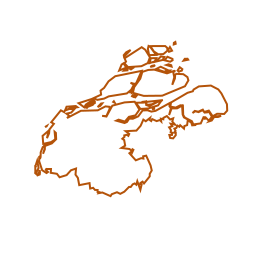 Patuakhali, Barisal, Bangladesh, rotated 222°
{"feature_id": "16705992B49808088196813", "entity_name": "Patuakhali", "entity_type": "district", "adm_level": 2, "iso_a3": "BGD", "parent_name": "Bangladesh", "parent_adm1": "Barisal", "projection": "orthographic", "projection_center": [90.354, 22.181], "detail": "fine", "context": "isolated", "style": "outline", "palette": "amber", "viewbox_px": 256, "rotation_deg": 222, "n_neighbors": 0, "source": "geoboundaries", "source_scale": "gbopen_adm2", "svg_char_len": 6006}
<svg xmlns="http://www.w3.org/2000/svg" viewBox="0 0 256 256"><g transform="rotate(222 128 128)"><path d="M79.3,175.9L81.7,173.7L84.7,175.3L93.6,173.3L96.4,174.6L102.8,180.8L104.6,175.5L108.7,171.7L106.1,165.1L109.4,171.5L111.7,171.9L113.8,174.2L119.0,159.2L121.6,155.8L125.4,154.2L128.9,150.8L128.2,143.5L130.6,138.1L133.4,135.8L132.8,131.8L133.9,129.4L141.6,125.6L140.6,127.9L134.6,130.7L134.8,136.9L130.9,142.4L131.8,149.3L140.6,152.0L147.7,144.7L154.6,134.1L151.7,122.1L155.4,119.7L152.0,122.3L154.4,129.8L155.9,131.4L159.2,129.0L162.3,120.9L174.5,109.3L180.0,94.6L179.7,97.7L183.3,97.5L180.5,101.5L180.5,106.3L184.3,102.9L186.6,98.7L186.0,97.1L189.7,96.2L188.9,80.9L185.9,81.5L185.4,74.3L183.1,71.3L181.4,66.2L185.2,72.8L186.2,65.0L180.4,59.5L175.7,66.1L174.7,69.9L174.8,71.3L180.0,76.1L178.3,76.1L173.9,71.6L174.3,65.6L177.7,59.0L175.6,56.6L173.9,52.0L176.2,57.0L177.9,58.6L178.6,56.8L176.6,51.5L173.5,47.9L172.7,46.0L174.5,48.3L174.7,47.1L171.8,43.9L163.6,39.2L158.4,40.0L158.0,41.8L161.1,41.9L161.3,42.9L157.8,46.0L155.4,43.0L150.2,46.4L145.9,45.6L142.1,51.9L142.1,58.4L139.5,63.1L135.8,58.2L131.9,57.4L126.0,52.9L119.7,61.3L115.6,57.7L113.9,60.2L111.1,59.9L109.1,61.6L107.8,60.1L106.6,61.0L106.3,59.8L103.9,62.9L95.4,65.7L95.8,67.9L93.2,72.9L89.7,73.9L88.1,78.2L87.8,84.9L86.5,86.0L86.8,89.3L86.0,91.2L83.9,91.4L85.5,94.7L77.4,90.3L80.1,95.2L81.3,94.4L82.0,95.3L81.3,97.9L79.0,97.5L79.5,106.6L81.2,108.5L81.9,112.3L86.2,115.3L96.0,119.6L97.8,117.1L96.1,115.6L98.0,114.4L100.6,109.2L110.1,110.2L109.7,112.6L108.4,112.2L109.4,115.4L110.4,115.2L109.7,113.5L112.8,113.4L119.5,108.8L118.3,113.0L122.8,116.5L125.0,116.2L124.7,119.1L125.8,120.0L124.3,122.2L122.5,122.4L123.1,124.4L127.6,124.1L120.0,131.7L120.1,138.1L122.2,144.5L119.3,144.9L118.4,150.2L117.6,148.4L115.4,148.7L116.0,150.8L111.3,152.3L109.7,155.2L107.7,155.1L109.8,156.9L107.6,158.1L108.5,159.2L107.1,162.9L102.4,162.5L100.9,165.4L99.4,162.4L95.2,162.0L99.1,159.7L96.3,158.9L97.9,156.0L94.7,155.2L93.4,153.3L92.1,154.0L90.7,152.3L92.6,150.5L90.0,148.8L87.5,150.5L87.7,154.6L89.3,156.4L90.6,155.4L90.8,157.7L93.1,158.6L92.1,160.4L92.8,162.9L90.7,163.3L91.1,165.0L86.0,165.0L87.4,167.2L86.0,169.7L88.7,173.6L84.7,174.4L82.1,172.9L79.3,175.9ZM107.3,194.0L113.1,175.8L110.9,172.2L106.2,175.1L104.3,179.9L102.3,181.5L95.7,174.6L92.8,173.8L85.1,175.8L81.8,174.4L77.0,180.1L79.1,186.6L77.6,187.8L72.8,187.5L73.2,192.5L79.2,194.4L79.4,192.9L81.4,190.7L84.5,191.2L86.2,187.0L89.2,185.5L90.1,182.3L89.8,185.4L86.7,187.1L84.7,191.7L82.1,190.9L79.6,195.0L72.9,193.4L71.3,198.2L65.9,202.8L65.9,207.3L70.4,211.9L81.7,216.2L86.7,217.1L94.8,215.0L103.2,206.3L105.0,200.4L104.4,198.7L107.3,194.0ZM151.9,172.9L150.7,162.4L147.9,157.4L137.8,162.4L124.2,174.9L113.6,197.2L115.0,203.8L117.9,205.6L122.9,205.0L128.3,200.6L128.6,199.2L126.3,196.2L124.0,189.7L127.6,196.7L132.2,200.1L130.8,201.9L131.9,201.4L135.6,194.7L147.6,188.9L151.8,184.7L154.9,179.3L151.9,172.9ZM173.6,127.1L169.6,128.4L165.4,133.9L163.5,138.6L152.0,152.9L151.2,158.6L152.6,164.1L156.4,163.3L152.7,165.1L151.9,166.8L156.1,179.6L172.1,158.0L173.7,149.7L172.6,141.8L173.4,137.4L170.3,134.8L173.6,127.1ZM174.0,173.7L168.7,173.3L159.4,182.9L156.7,189.5L159.0,195.2L167.5,197.7L171.9,197.2L177.2,177.5L173.9,176.0L174.0,173.7ZM166.2,203.8L160.0,202.2L154.8,203.0L151.2,206.6L150.4,211.9L152.5,213.8L155.2,213.8L166.2,203.8ZM133.5,157.2L139.1,152.0L131.5,150.5L126.1,156.0L120.8,164.9L121.3,169.4L123.3,167.6L126.8,158.5L129.8,157.3L132.0,159.0L133.5,157.2ZM181.3,113.4L174.3,114.1L175.0,117.2L173.8,122.1L171.9,125.7L173.9,126.1L181.3,113.4ZM167.6,202.7L166.2,200.1L161.1,196.3L156.0,201.1L165.6,203.1L167.6,202.7ZM120.7,172.1L131.8,159.7L129.6,157.6L126.1,161.6L123.6,168.0L120.7,172.1ZM137.4,197.6L144.7,195.4L146.6,190.6L138.6,194.1L137.4,197.6ZM173.0,164.8L169.7,171.7L174.6,173.1L175.2,170.9L173.0,164.8ZM171.2,37.5L169.8,37.7L171.1,37.3L167.5,33.4L166.4,33.8L167.7,38.5L173.6,42.9L171.2,37.5ZM141.2,209.1L146.4,207.3L146.1,202.8L141.0,205.5L140.2,208.2L141.2,209.1ZM153.7,198.9L157.8,195.1L155.3,190.8L152.7,195.3L153.7,198.9ZM148.5,205.1L151.4,203.2L151.8,195.9L147.8,201.7L148.5,205.1ZM181.5,109.4L187.9,102.7L186.6,99.1L184.3,103.8L179.5,109.6L181.5,109.4ZM170.2,125.3L173.5,121.2L173.9,114.5L172.0,115.5L172.2,117.7L171.5,121.4L169.4,124.4L170.2,125.3ZM129.6,203.9L126.9,203.9L127.9,204.2L126.4,206.6L127.0,208.1L130.2,207.8L129.6,203.9ZM178.9,178.5L178.6,180.8L178.3,187.7L180.0,183.1L179.9,179.3L178.9,178.5ZM151.0,216.2L150.4,213.1L148.5,212.1L147.0,214.9L151.0,216.2ZM137.9,203.6L140.5,202.5L141.6,200.5L136.7,202.8L137.9,203.6ZM163.6,129.1L164.4,128.2L164.6,123.3L163.4,125.9L163.6,129.1ZM135.3,198.8L137.3,196.9L137.6,195.0L135.4,196.1L135.3,198.8ZM167.7,171.5L169.3,170.0L169.4,167.9L167.0,170.5L167.7,171.5ZM169.7,122.8L171.2,121.4L172.0,116.9L169.7,121.5L169.7,122.8ZM162.5,34.4L163.8,36.2L165.5,37.6L163.2,33.0L162.5,34.4ZM130.1,219.3L132.1,217.4L131.8,215.2L129.0,219.0L130.1,219.3ZM150.4,223.6L150.9,222.0L149.9,220.7L148.9,222.5L150.4,223.6ZM71.3,193.6L72.1,192.2L72.2,187.2L70.8,189.6L71.3,193.6ZM151.9,162.6L150.6,159.5L150.7,155.0L149.9,158.2L151.9,162.6ZM144.9,156.9L146.6,155.5L146.3,154.3L144.7,154.8L144.9,156.9ZM149.9,192.8L151.8,190.2L152.3,188.3L150.2,191.2L149.9,192.8ZM131.5,139.6L132.9,138.8L133.0,137.1L131.5,137.7L131.5,139.6ZM178.4,60.3L178.5,57.7L176.8,61.7L178.4,60.3ZM126.6,160.5L128.0,159.5L128.8,158.0L127.0,158.6L126.6,160.5ZM66.9,199.3L69.3,196.7L70.9,194.2L68.5,196.4L66.9,199.3ZM131.8,160.9L132.5,159.7L135.3,156.4L133.3,157.7L131.8,160.9ZM122.2,160.6L122.7,158.1L121.4,159.7L122.2,160.6ZM165.1,32.4L165.9,33.6L167.4,33.2L166.8,32.4L165.1,32.4ZM143.2,157.4L144.1,156.4L143.9,155.3L143.1,155.6L143.2,157.4ZM154.8,137.9L156.4,138.4L156.4,137.5L154.8,137.9ZM164.7,174.8L165.9,173.8L166.1,173.3L165.0,173.5L164.7,174.8ZM76.2,186.5L78.4,186.5L78.7,186.1L78.0,184.9L78.3,185.9L76.2,186.5ZM190.1,73.2L189.6,74.9L189.7,75.3L190.1,74.0L190.1,73.2ZM148.3,157.2L148.7,156.9L148.6,156.7L148.3,157.2Z" fill="none" stroke="#b45309" stroke-width="2"/></g></svg>